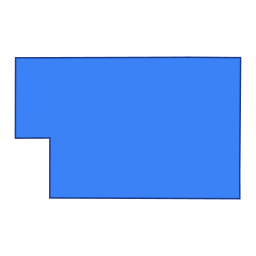 outline of Alcorn, Mississippi, United States of America
{"feature_id": "52423323B19683486878763", "entity_name": "Alcorn", "entity_type": "district", "adm_level": 2, "iso_a3": "USA", "parent_name": "United States of America", "parent_adm1": "Mississippi", "projection": "robinson", "projection_center": [-88.592, 34.876], "detail": "fine", "context": "isolated", "style": "filled", "palette": "blue", "viewbox_px": 256, "rotation_deg": 0, "n_neighbors": 0, "source": "geoboundaries", "source_scale": "gbopen_adm2", "svg_char_len": 296}
<svg xmlns="http://www.w3.org/2000/svg" viewBox="0 0 256 256"><path d="M240.6,57.6L232.3,57.6L188.6,57.3L166.9,57.4L33.5,57.8L15.6,57.8L15.5,84.2L15.4,138.1L49.9,138.0L49.8,197.9L66.8,198.0L75.4,198.0L239.8,198.7L239.7,172.9L240.6,57.6Z" fill="#3b82f6" stroke="#1e3a8a" stroke-width="1.5"/></svg>